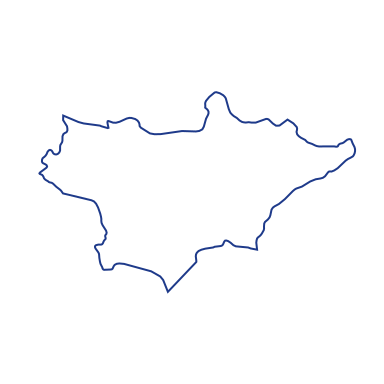 the border of Jönköping, rotated 190°
{"feature_id": "SWE-179", "entity_name": "Jönköping", "entity_type": "County", "adm_level": 1, "iso_a3": "SWE", "parent_name": "Sweden", "parent_adm1": "", "projection": "robinson", "projection_center": [14.478, 57.556], "detail": "fine", "context": "isolated", "style": "outline", "palette": "blue", "viewbox_px": 384, "rotation_deg": 190, "n_neighbors": 0, "source": "natural_earth", "source_scale": "10m", "svg_char_len": 3588}
<svg xmlns="http://www.w3.org/2000/svg" viewBox="0 0 384 384"><g transform="rotate(190 192 192)"><path d="M41.8,253.3L44.1,251.6L46.1,249.6L52.7,240.7L55.7,237.9L58.1,236.4L59.8,236.2L60.8,235.8L61.5,234.9L63.7,230.6L65.6,228.7L67.9,227.6L72.4,226.0L77.4,222.9L84.7,216.4L89.9,213.5L91.2,212.4L92.8,210.5L99.3,201.1L104.3,195.3L108.2,192.2L109.6,190.7L110.6,188.5L110.8,182.7L111.2,180.5L112.5,178.1L114.9,175.2L115.4,173.5L115.1,170.5L114.7,168.6L114.7,166.9L116.0,163.2L116.8,161.6L117.8,160.2L119.0,158.9L119.8,157.6L120.0,155.7L119.9,153.3L117.9,146.5L124.4,146.6L127.1,147.1L139.4,146.1L142.0,146.8L145.1,148.7L147.8,149.9L149.7,150.2L150.9,149.9L151.5,149.0L151.8,148.1L152.1,146.7L152.4,145.6L152.9,144.8L153.4,144.3L154.3,143.8L160.2,142.0L160.6,141.7L161.4,141.1L169.1,138.5L172.7,136.8L175.3,135.0L176.7,133.0L177.2,131.2L177.1,129.3L175.9,125.4L175.6,124.0L175.7,123.7L198.4,89.5L205.1,100.3L208.6,103.3L218.4,106.8L246.4,109.4L251.2,109.0L253.7,108.2L255.5,106.8L256.2,105.4L256.9,102.7L257.6,101.9L258.8,101.5L265.1,100.1L265.9,100.3L266.8,101.1L267.2,102.1L269.6,105.3L270.5,107.3L271.8,111.0L272.7,114.5L273.1,115.4L274.0,116.5L277.2,119.6L277.9,120.7L278.1,121.7L277.7,122.5L277.2,123.0L276.3,123.4L275.2,123.9L272.4,124.4L271.4,125.0L270.8,126.2L270.5,127.8L270.1,129.0L269.0,130.7L269.0,131.6L269.7,133.0L269.9,133.9L269.7,134.7L269.1,135.7L269.0,137.1L269.9,139.0L274.3,143.8L275.7,145.9L276.3,147.8L276.6,149.7L277.3,151.8L278.7,154.9L281.8,160.4L284.4,163.8L286.9,165.7L289.6,166.4L318.8,168.2L321.2,170.6L322.6,171.5L326.6,173.6L330.3,176.1L331.7,176.7L334.0,176.8L334.8,177.0L335.5,177.5L338.0,178.4L339.1,179.0L340.1,179.8L341.0,181.3L341.6,182.0L342.5,182.8L345.1,183.4L345.5,183.9L345.0,184.9L339.6,190.6L339.1,191.8L339.7,193.0L340.9,193.7L343.7,194.5L344.6,195.1L345.1,196.1L345.3,197.7L345.0,199.2L344.0,200.5L343.7,200.7L343.4,201.1L342.6,202.2L341.8,203.9L341.2,206.6L340.2,208.2L339.2,208.8L338.2,208.7L337.3,208.3L336.5,207.5L335.8,206.5L335.0,205.8L334.1,205.4L333.1,205.3L331.9,205.5L330.7,206.3L329.6,207.8L329.1,209.8L329.8,214.0L329.8,215.4L328.6,218.4L328.5,219.9L329.2,224.4L328.7,226.7L327.7,227.8L326.1,229.0L325.7,229.7L325.4,231.1L325.8,233.0L326.5,235.0L331.4,240.4L332.1,244.9L316.0,241.2L310.6,240.7L294.2,241.4L292.7,241.0L286.1,240.3L285.4,240.7L286.9,244.4L287.4,246.0L287.3,247.1L286.5,247.4L281.8,246.6L278.9,247.0L275.5,248.6L269.1,253.0L266.6,254.1L264.6,254.4L260.6,254.0L258.1,252.9L256.3,251.2L255.5,249.6L255.0,247.8L253.6,246.5L243.6,242.4L238.9,242.4L232.8,243.6L212.4,250.3L198.7,252.3L195.4,253.4L192.7,255.5L191.7,258.4L190.9,266.6L189.6,270.8L189.4,272.4L189.7,274.0L190.6,275.3L191.7,276.2L193.6,277.3L193.7,277.5L193.8,278.9L194.4,281.4L194.4,282.6L194.0,284.2L191.5,288.6L187.1,293.8L186.6,294.1L186.3,294.2L185.4,294.5L181.8,294.1L178.0,292.7L176.2,291.4L175.0,290.1L170.2,280.1L168.2,277.0L167.6,276.4L166.0,275.2L164.0,274.0L160.7,272.7L157.6,270.7L154.9,269.7L153.3,269.6L151.2,269.7L148.3,270.6L145.2,270.7L141.3,271.4L131.8,276.8L130.6,277.0L129.2,276.8L124.3,273.5L120.8,271.9L118.7,272.3L117.3,272.7L110.5,279.9L104.1,277.2L100.1,274.1L99.5,272.7L99.4,271.2L99.5,269.3L98.4,267.0L96.5,265.5L94.0,264.3L89.5,262.9L88.0,261.7L87.0,261.1L86.0,260.8L82.1,260.2L78.7,259.2L77.0,258.9L74.9,258.9L60.0,261.6L57.9,261.6L56.9,261.9L56.3,262.4L56.1,263.3L55.7,264.1L55.2,264.7L54.5,265.3L52.2,266.3L51.1,267.2L49.1,269.5L48.3,270.4L47.1,271.1L45.8,271.5L44.7,271.4L44.2,271.0L42.2,267.7L39.8,264.5L38.9,262.6L38.5,260.5L38.6,258.3L39.2,256.1L39.8,255.0L41.8,253.3Z" fill="none" stroke="#1e3a8a" stroke-width="2"/></g></svg>